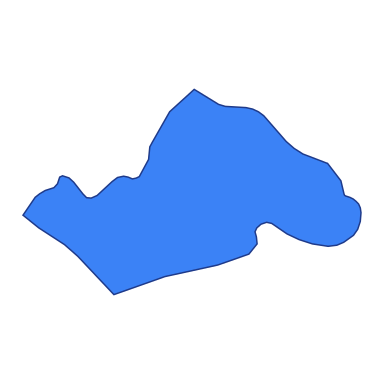 outline of Can Tho
{"feature_id": "VNM-499", "entity_name": "Can Tho", "entity_type": "Province", "adm_level": 1, "iso_a3": "VNM", "parent_name": "Vietnam", "parent_adm1": "", "projection": "mercator", "projection_center": [105.615, 10.245], "detail": "fine", "context": "isolated", "style": "filled", "palette": "blue", "viewbox_px": 384, "rotation_deg": 0, "n_neighbors": 0, "source": "natural_earth", "source_scale": "10m", "svg_char_len": 966}
<svg xmlns="http://www.w3.org/2000/svg" viewBox="0 0 384 384"><path d="M113.9,294.6L77.8,256.3L64.5,244.6L38.8,227.9L23.0,215.2L35.2,197.3L39.8,193.7L45.2,190.5L53.9,187.7L57.5,183.8L59.7,177.1L62.5,175.8L69.0,177.9L73.7,182.2L82.8,193.8L86.6,197.7L91.2,198.1L97.1,195.5L112.1,181.6L117.5,177.5L123.6,176.2L128.1,177.1L132.4,178.9L136.2,178.1L139.3,176.6L148.6,159.4L149.8,146.9L152.1,142.6L169.7,111.7L194.2,89.4L218.6,104.4L225.3,106.4L246.0,107.6L252.7,109.1L258.6,111.9L263.8,115.8L286.2,141.5L294.1,148.4L302.9,154.0L326.9,163.2L327.5,163.3L340.9,180.8L344.0,193.9L344.5,195.2L345.4,195.9L350.0,197.4L353.2,199.0L356.0,201.3L358.6,204.0L360.3,207.9L361.0,212.7L360.3,221.4L357.7,229.3L353.5,235.3L343.7,242.3L336.9,245.2L328.1,246.3L312.4,243.9L299.1,239.6L287.0,233.9L271.7,223.4L266.6,222.3L261.0,224.2L256.8,227.9L255.0,231.8L256.4,236.9L257.1,243.9L248.9,254.1L217.8,265.0L164.8,276.6L113.9,294.6Z" fill="#3b82f6" stroke="#1e3a8a" stroke-width="1.5"/></svg>